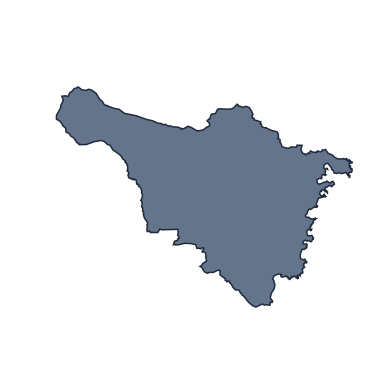 outline of Lombok Tengah, Nusa Tenggara Barat, Indonesia, rotated 284°
{"feature_id": "22746128B98880758851169", "entity_name": "Lombok Tengah", "entity_type": "district", "adm_level": 2, "iso_a3": "IDN", "parent_name": "Indonesia", "parent_adm1": "Nusa Tenggara Barat", "projection": "orthographic", "projection_center": [116.283, -8.682], "detail": "fine", "context": "isolated", "style": "filled", "palette": "slate", "viewbox_px": 384, "rotation_deg": 284, "n_neighbors": 0, "source": "geoboundaries", "source_scale": "gbopen_adm2", "svg_char_len": 6119}
<svg xmlns="http://www.w3.org/2000/svg" viewBox="0 0 384 384"><g transform="rotate(284 192 192)"><path d="M101.0,295.0L103.9,294.7L104.3,296.5L105.2,296.7L106.2,296.1L107.1,294.5L108.7,293.5L112.9,293.5L117.8,295.1L120.2,295.1L122.9,294.6L124.5,293.2L126.0,292.8L127.3,291.2L130.3,292.0L131.6,293.1L133.7,296.8L133.5,298.8L132.7,298.3L131.3,299.0L131.4,300.6L133.3,303.9L133.0,304.9L132.2,305.1L132.4,306.3L131.5,307.2L131.1,306.8L130.8,308.1L132.8,308.8L132.7,309.8L133.1,309.2L134.1,309.3L133.9,310.6L134.9,311.0L135.3,311.9L134.4,313.4L134.7,314.2L133.9,314.2L134.1,314.8L133.5,315.3L133.9,315.9L134.7,316.0L135.2,314.9L135.6,315.3L135.9,314.6L136.7,314.5L137.4,315.8L137.0,317.1L138.1,316.6L138.6,317.3L139.3,317.2L140.2,319.1L144.1,317.7L146.2,319.5L147.6,317.7L148.4,318.3L149.4,317.7L150.6,318.8L151.2,318.7L150.9,319.5L151.3,319.4L151.7,321.1L151.8,320.0L154.1,317.8L153.2,317.1L153.4,314.0L154.4,313.0L158.2,312.1L163.1,312.8L163.5,314.8L165.7,316.8L166.4,316.1L166.8,316.6L168.9,316.4L169.5,315.1L168.5,313.7L168.6,312.8L169.5,311.9L170.8,311.9L172.7,313.7L172.3,315.0L173.0,317.0L172.5,318.9L172.8,319.9L175.4,320.5L175.6,321.1L176.4,321.1L176.7,320.3L177.2,320.5L178.9,318.8L177.6,315.9L178.0,314.5L180.9,313.0L182.3,313.0L184.4,314.9L186.5,315.5L187.2,314.9L188.1,316.0L189.0,315.5L189.4,316.3L191.2,316.5L191.4,317.2L193.3,316.7L195.9,318.7L195.7,318.2L196.5,317.9L195.5,317.0L194.9,314.8L194.8,313.4L195.8,311.3L195.0,309.4L195.8,308.1L197.0,307.8L199.5,309.0L201.7,308.9L203.9,310.0L203.7,311.3L207.5,314.6L206.9,315.3L207.4,316.9L208.9,317.2L209.5,315.7L210.7,315.5L216.6,316.3L219.5,321.6L219.4,323.2L219.7,322.6L220.2,323.0L220.7,321.3L221.7,321.1L221.4,320.5L220.1,320.1L219.5,318.0L221.1,316.2L223.6,316.4L224.0,317.5L224.9,317.2L225.7,317.9L225.6,320.3L224.6,320.9L225.2,322.5L225.7,322.4L226.6,319.9L228.8,320.5L229.1,321.6L231.7,323.6L231.0,326.1L234.0,328.3L235.6,327.3L236.4,326.0L235.7,324.7L234.7,324.5L234.1,323.1L235.3,320.2L234.2,319.9L233.1,317.1L231.5,315.8L230.3,312.9L230.8,311.6L233.9,310.2L236.1,312.3L236.2,314.4L237.1,314.8L238.3,313.9L239.6,313.9L240.6,315.0L240.2,317.9L240.8,316.6L241.2,317.6L241.5,316.7L244.6,316.6L247.5,314.1L250.0,313.6L252.1,315.3L252.6,317.0L249.7,320.8L247.8,322.1L246.7,324.1L244.8,325.3L245.0,328.1L246.4,329.9L246.0,332.2L246.4,333.6L248.3,336.6L245.6,339.5L245.9,340.4L245.5,341.1L246.2,341.2L246.4,339.9L247.8,339.3L248.0,339.8L248.9,339.7L249.8,342.1L252.3,342.1L252.7,340.6L253.5,341.1L253.7,339.0L254.7,339.5L255.2,338.7L255.8,339.2L256.1,337.9L257.6,337.6L259.1,340.4L259.7,340.2L259.4,338.1L260.2,337.6L260.4,338.3L261.1,337.3L260.3,337.2L260.0,336.6L260.5,336.6L259.8,335.8L260.9,335.6L260.7,334.0L261.5,334.4L261.8,333.8L261.3,333.0L260.7,333.1L261.0,331.3L261.7,331.6L260.9,331.0L259.4,325.9L259.6,324.3L260.3,321.7L261.8,319.6L262.4,315.0L265.6,311.1L264.4,309.6L264.4,308.2L263.1,308.3L261.9,306.5L262.2,303.8L261.1,303.1L260.5,303.4L259.9,299.3L260.5,297.4L259.9,297.5L259.4,296.5L258.2,296.0L257.7,296.5L257.6,294.9L255.5,293.3L256.2,292.5L256.3,290.2L258.6,287.9L260.9,287.3L263.9,287.6L262.9,282.7L260.8,282.3L259.6,277.2L257.5,274.8L257.6,268.4L260.9,266.4L261.6,265.0L263.4,265.3L264.2,264.5L264.5,262.6L264.8,263.1L269.3,261.6L271.0,259.9L271.0,253.6L272.3,247.8L271.8,246.8L272.5,243.7L274.7,242.9L274.7,241.5L276.7,241.8L277.1,234.8L278.6,234.3L278.4,232.5L280.9,232.0L282.0,232.4L284.8,230.3L287.8,227.0L288.2,223.7L286.3,220.5L287.0,217.7L287.4,217.8L286.7,217.5L286.5,216.4L287.7,215.6L288.1,214.3L284.3,212.6L282.5,210.6L281.2,207.7L279.4,198.7L278.6,196.9L273.7,195.7L272.7,192.8L271.9,191.9L266.9,191.4L266.7,190.6L264.8,189.4L262.7,192.4L260.2,193.1L258.7,190.8L254.9,187.8L252.9,183.5L252.9,180.8L254.5,175.7L254.8,172.2L251.3,168.6L251.2,167.0L250.3,166.4L251.1,165.7L251.5,162.4L250.5,157.4L251.0,155.1L250.3,153.0L251.2,149.6L250.2,147.5L251.1,145.6L250.5,142.6L251.6,136.2L251.4,131.0L252.5,119.3L252.0,107.3L254.6,101.2L254.3,95.9L255.0,89.1L255.4,89.0L255.2,86.1L258.5,82.7L259.6,80.0L264.6,75.1L266.7,69.7L266.6,66.6L265.0,64.9L264.5,60.7L266.4,56.0L264.8,54.6L263.9,52.7L260.4,51.0L258.8,49.3L254.9,48.8L254.6,45.7L253.5,42.6L249.5,45.0L245.2,43.9L241.0,44.0L233.6,41.9L229.9,42.8L228.8,46.6L226.0,50.1L225.3,50.2L223.4,54.0L219.7,55.3L218.8,59.1L217.0,60.6L215.9,64.3L211.9,68.4L211.8,70.3L210.6,70.9L212.4,77.8L217.2,85.0L219.9,91.0L219.9,94.4L217.7,98.4L217.5,101.2L213.8,104.9L210.9,112.5L209.4,114.9L207.4,116.6L206.2,119.8L204.8,119.7L203.6,122.0L202.5,122.2L202.1,123.1L197.9,124.3L197.0,123.8L195.7,125.8L193.8,126.2L193.0,125.7L190.7,127.1L190.2,128.0L190.5,129.5L190.0,129.7L189.9,131.4L190.7,131.9L189.8,132.9L190.4,133.3L190.0,135.0L186.3,136.4L186.6,137.3L186.0,137.6L185.8,138.8L184.6,138.8L184.1,140.7L181.3,142.8L178.6,143.4L177.4,144.7L173.5,144.9L171.5,144.3L171.0,145.3L169.4,146.2L167.5,146.7L165.8,146.5L164.6,147.9L161.1,149.0L160.0,150.3L158.7,150.1L155.2,152.2L151.3,156.6L149.0,156.2L148.3,157.1L146.6,157.0L144.1,157.5L142.8,158.1L143.8,160.7L142.6,161.3L144.4,168.6L148.3,169.8L148.0,171.7L152.3,187.2L150.0,188.3L146.1,188.7L145.9,189.9L144.4,190.7L143.3,189.6L141.9,189.8L139.8,186.9L138.5,186.8L138.5,187.5L138.2,186.9L136.5,186.8L137.2,187.5L136.6,188.5L137.5,191.7L140.3,196.9L141.7,203.3L141.8,208.3L138.4,210.5L139.1,212.0L138.9,214.3L140.0,214.7L140.6,216.6L139.6,217.2L138.9,216.7L137.6,216.8L137.2,216.2L136.2,216.4L136.7,218.1L136.0,219.9L133.4,221.1L132.4,220.9L129.3,222.6L128.3,222.6L125.1,219.7L122.7,218.9L121.8,217.7L120.9,220.2L118.8,222.0L117.3,224.1L116.9,226.7L118.2,228.3L119.2,232.3L122.2,235.7L122.7,238.1L118.4,239.2L115.8,245.3L114.4,245.5L114.3,247.0L113.3,247.4L114.5,249.9L112.9,250.7L112.8,251.6L109.1,255.2L107.5,258.1L108.2,261.1L105.4,263.9L105.1,265.0L103.8,265.8L103.8,266.9L98.6,273.7L96.3,278.4L95.8,281.9L100.4,287.4L99.7,289.4L100.6,291.5L101.0,295.0ZM184.9,317.1L184.1,315.7L183.3,316.3L183.6,317.1L184.9,317.1ZM247.5,317.6L247.6,316.7L247.1,316.3L246.7,318.1L247.5,317.6ZM224.8,323.4L224.7,322.4L223.9,323.6L224.8,323.4ZM245.2,340.8L244.5,340.8L244.2,341.0L244.6,341.5L245.2,340.8Z" fill="#64748b" stroke="#1e293b" stroke-width="1.5"/></g></svg>